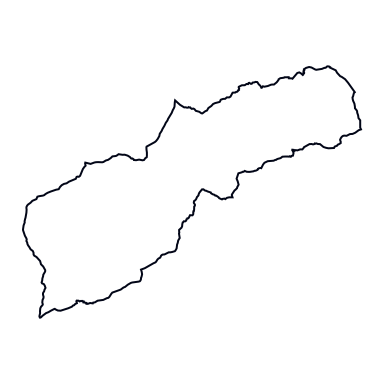 Slanic-Moldova, Bacau, Romania
{"feature_id": "2599482B31492670959230", "entity_name": "Slanic-Moldova", "entity_type": "district", "adm_level": 2, "iso_a3": "ROU", "parent_name": "Romania", "parent_adm1": "Bacau", "projection": "mercator", "projection_center": [26.446, 46.203], "detail": "fine", "context": "isolated", "style": "outline", "palette": "ink", "viewbox_px": 384, "rotation_deg": 0, "n_neighbors": 0, "source": "geoboundaries", "source_scale": "gbopen_adm2", "svg_char_len": 5901}
<svg xmlns="http://www.w3.org/2000/svg" viewBox="0 0 384 384"><path d="M94.8,302.4L97.6,300.7L103.3,299.9L106.8,298.2L108.4,297.8L109.4,296.8L111.3,293.8L112.3,292.6L120.7,289.6L123.5,287.5L125.1,286.9L127.8,284.7L130.9,282.9L132.2,282.5L138.7,281.6L139.9,281.2L140.5,280.4L140.9,279.4L141.1,277.6L141.5,276.9L142.1,274.3L141.7,271.8L141.0,269.6L144.8,268.2L153.4,263.3L155.4,262.4L156.1,261.7L157.4,259.6L158.4,258.6L160.2,257.6L161.1,255.7L161.7,255.1L162.6,254.6L164.6,254.4L168.8,252.3L170.4,252.3L172.1,252.0L174.8,251.2L175.3,250.7L176.6,248.5L177.1,244.5L177.7,243.0L178.2,240.5L179.7,238.0L179.0,233.6L179.3,232.6L179.2,232.4L179.1,229.9L181.5,227.7L182.1,226.4L182.3,224.1L182.7,222.5L183.0,222.4L183.8,221.3L185.1,221.4L186.2,220.6L186.4,219.4L187.2,218.8L187.4,218.3L188.1,218.4L188.4,218.2L188.9,217.5L190.0,215.2L192.5,215.3L193.1,214.5L193.3,213.7L193.2,212.9L193.4,211.3L193.8,211.3L194.1,209.8L194.2,206.5L194.9,205.7L194.9,204.5L193.9,203.1L193.8,202.3L194.0,201.4L194.2,200.9L195.1,200.4L196.1,199.2L197.0,197.0L197.9,196.1L198.5,195.3L198.6,194.4L199.4,192.6L202.0,189.4L202.9,189.5L203.0,189.3L203.4,189.3L205.1,190.6L206.4,190.8L207.4,191.4L210.8,192.5L211.0,193.2L211.4,193.5L213.0,194.4L214.5,194.8L215.3,195.7L216.3,195.7L218.6,197.3L219.2,198.2L222.0,199.4L222.6,198.9L224.5,198.6L225.3,199.1L227.0,197.8L229.3,197.3L232.5,197.3L231.8,195.1L231.9,194.5L234.5,190.5L235.4,189.8L237.0,188.2L237.3,187.0L238.6,184.7L237.7,181.3L236.6,178.7L238.4,173.3L241.9,172.3L242.6,171.8L243.6,171.8L244.7,170.9L246.8,171.8L249.7,171.9L253.5,171.3L254.5,170.8L255.7,170.7L257.2,170.0L257.9,169.5L257.9,168.9L258.9,168.3L260.9,167.9L261.3,168.1L263.0,164.7L264.0,163.3L264.6,162.7L267.7,161.2L273.6,160.7L275.3,159.9L276.0,159.9L277.3,159.0L280.6,158.1L282.4,156.7L285.7,156.5L289.3,156.6L289.6,156.3L290.7,156.8L291.0,156.7L291.4,155.9L292.9,155.7L293.1,155.1L293.5,153.2L293.1,151.6L292.2,150.1L292.3,149.7L294.0,149.9L294.7,150.7L294.9,150.3L295.7,150.1L297.4,150.4L300.1,149.4L302.4,149.4L303.8,147.7L304.0,147.2L309.5,144.1L311.5,144.0L313.1,144.4L314.2,144.1L314.8,143.5L315.1,143.8L316.3,143.4L317.9,144.0L320.0,144.1L323.5,147.0L326.0,147.8L328.4,148.3L334.0,148.0L334.7,146.6L337.1,145.7L337.7,144.7L338.6,144.4L340.7,143.1L340.7,141.6L340.2,140.4L340.1,139.7L340.8,138.2L341.7,136.9L342.8,136.0L344.1,135.6L346.6,135.8L349.9,134.1L352.6,133.9L355.3,132.7L358.7,130.2L361.0,129.4L360.2,127.6L360.2,120.3L358.5,118.1L358.1,115.3L357.2,112.7L357.1,111.2L356.7,110.4L355.0,108.3L354.9,106.5L354.4,103.6L353.2,101.0L352.7,99.2L352.5,97.3L353.0,96.6L353.9,93.0L354.8,92.2L348.1,82.8L345.1,79.2L341.6,76.8L340.2,76.2L337.1,72.8L335.7,70.3L330.0,67.6L330.2,67.2L329.4,66.6L327.8,66.3L326.8,66.6L326.2,67.4L325.0,67.9L324.5,67.8L321.9,68.9L316.2,69.8L315.0,69.4L311.5,67.5L309.1,67.0L306.0,67.9L305.2,68.6L304.4,68.8L303.9,69.3L304.3,70.3L304.1,70.8L303.6,70.9L303.4,72.1L303.9,72.3L304.2,72.9L304.1,73.2L303.5,73.3L303.3,74.5L302.8,75.0L301.0,73.4L299.3,72.4L297.3,73.0L292.5,78.7L292.0,78.4L288.8,78.3L288.7,77.2L284.4,77.3L284.0,77.7L280.3,78.2L278.6,79.3L278.4,80.1L276.7,82.3L274.0,84.5L272.4,84.5L271.0,84.7L267.9,86.0L264.4,86.7L262.9,86.3L261.9,87.7L261.4,87.8L260.3,85.7L258.8,84.4L257.3,82.1L255.5,81.9L254.3,82.4L252.6,82.6L251.8,83.7L251.4,83.8L250.8,83.8L249.2,82.8L248.6,83.0L248.1,84.1L246.5,84.0L244.8,85.2L241.8,85.3L238.8,86.8L238.7,87.6L239.2,88.8L238.8,89.8L238.4,90.1L238.6,90.3L238.0,90.7L237.7,91.3L237.0,91.8L236.1,91.9L235.4,92.5L232.6,92.7L230.5,96.6L229.2,97.4L226.8,97.4L225.2,98.8L223.2,98.9L221.3,99.5L220.7,99.8L219.9,101.7L219.4,102.0L215.1,103.1L213.1,104.0L211.3,106.0L208.4,108.0L207.0,110.5L205.3,111.2L202.4,113.4L201.4,113.3L199.3,111.8L195.8,110.8L194.5,109.2L193.5,108.6L192.3,108.7L191.9,108.9L190.8,108.2L190.2,107.4L189.3,107.5L188.7,107.1L188.1,107.6L187.1,107.7L185.6,107.3L184.2,107.4L180.0,104.8L175.1,100.4L174.8,102.2L174.5,106.7L173.7,108.6L172.9,109.9L171.7,112.9L168.0,119.0L167.5,120.4L165.8,122.8L164.4,125.8L162.6,128.8L161.5,131.2L159.8,133.7L159.3,136.1L157.6,139.1L156.0,141.1L154.8,142.1L146.6,146.6L146.4,147.3L146.5,149.7L146.9,152.5L146.9,155.8L146.7,157.3L145.4,158.1L144.0,160.0L142.5,160.3L139.1,159.6L136.1,160.2L133.9,160.0L133.7,159.4L132.5,158.5L132.0,158.7L131.1,158.4L129.9,157.0L127.6,155.6L124.7,154.7L122.6,154.8L118.6,154.2L116.7,155.6L115.8,156.0L112.4,156.4L110.8,158.0L108.2,159.8L105.8,160.5L103.4,162.0L102.1,162.3L98.1,162.1L96.0,162.2L94.4,162.5L90.6,163.9L85.3,162.6L85.1,163.4L85.6,165.7L84.3,167.0L82.9,169.0L80.1,175.8L78.8,176.8L77.4,176.6L76.6,176.9L75.8,178.8L69.1,181.6L66.6,183.3L64.0,183.9L61.7,185.2L60.0,187.0L58.7,189.2L56.1,189.7L50.8,191.5L47.6,192.8L45.4,194.1L44.3,195.1L42.9,195.6L39.1,196.2L37.4,196.7L36.4,199.1L32.4,200.8L30.5,202.8L28.1,204.5L27.2,205.5L26.5,206.9L26.4,207.9L26.6,209.6L26.4,212.7L25.5,217.8L25.1,219.0L24.6,221.3L24.7,222.5L23.6,225.4L23.0,229.5L23.1,230.4L24.9,235.7L26.4,238.4L26.7,239.4L26.4,241.0L27.2,242.5L27.4,243.9L28.1,245.4L29.2,246.9L30.6,249.3L32.8,251.0L33.5,252.6L33.6,254.6L34.3,255.7L36.5,257.0L40.1,261.0L41.0,264.3L43.2,266.5L45.2,270.1L45.2,271.2L45.0,271.8L43.3,274.7L43.1,276.3L42.4,278.4L42.2,280.5L41.6,282.5L42.1,283.4L43.8,284.1L44.7,285.5L45.5,287.9L44.5,289.7L44.1,291.4L43.3,292.5L43.0,293.3L43.0,294.6L43.6,296.9L43.4,298.2L42.6,299.8L42.4,301.3L42.3,302.6L42.8,304.3L42.4,305.3L41.1,306.6L40.3,308.3L40.0,311.1L40.1,313.2L39.4,316.2L39.8,317.5L40.0,317.7L41.0,317.3L42.6,315.7L46.1,313.1L48.4,312.2L50.9,310.7L54.4,308.9L54.9,308.9L55.3,309.3L57.8,310.5L60.6,310.7L68.1,308.3L71.9,306.7L72.9,305.6L74.1,305.2L75.2,304.0L76.9,303.2L76.6,301.9L76.4,301.6L76.4,301.1L76.7,300.6L78.6,300.7L79.6,301.4L81.1,300.9L82.1,301.2L82.6,301.0L82.8,301.3L83.7,301.5L83.4,302.2L83.4,302.4L86.1,302.8L86.3,302.9L86.1,303.2L86.2,303.7L87.0,303.9L88.0,303.8L90.1,303.0L92.8,303.4L93.2,302.6L94.8,302.4Z" fill="none" stroke="#020617" stroke-width="2"/></svg>